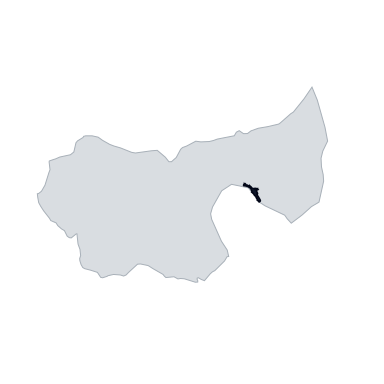 Engures pag., Engures, Latvia shown in context, rotated 161°
{"feature_id": "27541924B28821818047362", "entity_name": "Engures pag.", "entity_type": "district", "adm_level": 2, "iso_a3": "LVA", "parent_name": "Latvia", "parent_adm1": "Engures", "projection": "orthographic", "projection_center": [23.212, 57.169], "detail": "fine", "context": "in_parent", "style": "filled", "palette": "ink", "viewbox_px": 384, "rotation_deg": 161, "n_neighbors": 0, "source": "geoboundaries", "source_scale": "gbopen_adm2", "svg_char_len": 4451}
<svg xmlns="http://www.w3.org/2000/svg" viewBox="0 0 384 384"><g transform="rotate(161 192 192)"><path d="M276.3,279.9L274.1,279.7L268.1,277.6L262.9,274.4L259.7,269.9L254.3,263.8L250.7,260.8L245.3,257.0L236.1,249.1L232.8,247.3L217.0,244.2L211.3,242.7L205.9,233.6L204.0,228.2L201.5,227.3L198.7,228.5L195.7,229.7L188.8,236.1L186.5,237.1L182.1,237.2L171.9,238.8L167.3,236.5L159.2,234.1L154.8,233.7L150.9,233.8L133.7,231.4L130.6,234.1L127.4,234.6L124.3,230.4L120.5,229.2L116.3,230.6L108.6,230.7L99.5,229.2L88.0,228.0L86.2,228.5L73.3,233.8L70.1,234.6L55.8,243.6L44.4,252.1L43.6,238.0L45.2,209.9L47.2,196.0L55.0,188.1L59.0,181.9L61.4,173.6L62.3,165.8L64.0,159.4L75.2,141.1L83.8,139.3L95.4,134.4L108.3,130.2L110.7,135.7L111.9,139.9L127.4,155.1L131.4,160.2L137.4,177.6L152.1,186.4L163.5,183.5L168.5,179.1L177.5,171.1L181.5,165.3L182.3,159.7L180.2,135.9L177.6,125.6L178.3,119.1L179.9,119.4L183.7,116.2L196.1,110.2L198.6,109.9L201.4,108.7L209.1,104.1L211.7,106.3L213.9,108.9L215.1,108.9L215.6,107.9L215.4,106.2L215.9,105.0L218.2,105.6L227.6,112.5L231.1,114.0L233.6,114.4L236.6,117.7L244.5,119.6L245.5,121.3L246.2,123.5L253.9,132.3L257.4,136.7L264.1,140.7L267.0,141.5L278.2,136.6L281.3,135.0L284.0,134.8L286.8,136.9L293.1,139.6L298.7,140.2L299.7,139.9L304.4,140.0L306.1,141.0L307.6,146.8L313.2,151.0L318.5,154.5L319.9,156.2L320.5,159.5L320.4,163.5L319.9,165.6L318.0,168.1L316.6,174.2L316.7,179.9L314.4,189.9L315.1,190.1L321.1,187.9L322.9,188.8L324.4,190.9L325.2,197.0L327.4,199.6L329.8,203.8L330.6,207.1L334.8,210.9L335.3,213.5L338.4,222.5L339.7,227.7L340.4,231.8L339.6,237.1L338.8,240.7L337.6,240.5L334.1,241.7L328.8,246.3L321.0,256.9L319.0,259.3L317.3,267.0L316.8,267.8L311.9,267.8L310.6,267.7L305.6,268.1L294.8,266.8L290.7,268.3L285.7,276.3L283.6,277.6L277.3,279.0L276.3,279.9Z" fill="#d9dde1" stroke="#a8b0b8" stroke-width="1"/><path d="M141.0,181.0L140.8,180.9L140.3,180.8L139.3,180.2L139.0,180.1L138.1,179.4L137.3,178.8L137.0,178.4L136.6,178.0L136.5,177.8L136.3,177.6L136.1,177.3L136.0,177.2L135.8,176.8L135.6,176.6L135.5,176.3L135.4,176.2L135.3,175.7L135.3,175.1L135.3,174.8L135.3,174.7L135.2,174.3L135.1,174.2L135.1,173.9L135.1,173.7L135.2,173.3L135.2,173.2L135.2,172.8L135.2,172.7L135.2,172.4L135.3,172.4L135.4,172.2L135.5,172.2L135.4,172.0L135.1,171.8L135.0,171.6L134.9,171.4L134.9,171.2L134.7,170.9L134.6,170.7L134.4,170.3L134.3,170.0L134.3,169.9L134.2,169.6L134.1,169.3L134.1,169.2L134.0,168.9L134.0,168.7L133.9,168.7L133.8,168.4L133.7,168.3L133.6,168.2L133.6,167.9L133.4,167.8L133.3,167.6L133.2,167.2L133.0,166.8L133.0,166.7L133.0,166.4L132.9,166.4L132.9,166.2L133.0,166.1L132.9,166.0L133.0,166.0L132.9,166.0L132.9,165.9L132.9,165.7L132.9,165.4L132.9,165.2L133.0,165.1L133.1,164.9L133.1,164.6L132.8,164.2L132.7,164.0L132.6,163.8L132.6,163.7L132.6,163.4L132.6,163.2L132.5,162.9L132.5,162.7L132.4,162.5L132.5,162.5L132.4,162.4L132.5,162.4L132.4,162.4L132.4,162.2L132.4,161.9L132.3,161.7L132.2,161.6L132.1,161.4L132.0,161.1L131.9,161.0L131.9,160.9L131.8,160.7L130.6,161.0L130.2,161.4L130.2,161.5L130.1,162.0L130.1,162.3L130.7,165.5L131.1,166.9L131.1,167.1L131.1,168.5L130.8,168.9L131.0,168.9L131.0,169.0L131.1,168.9L131.3,168.8L131.5,168.8L131.5,169.0L130.5,170.3L130.6,170.5L130.6,170.9L130.6,171.0L130.6,171.3L130.7,171.5L130.6,171.8L130.6,172.0L130.3,172.4L130.2,172.5L130.1,172.8L129.9,172.9L129.9,173.0L130.0,173.0L129.9,173.1L129.7,173.1L129.5,172.9L129.3,172.9L129.2,172.8L128.9,172.8L128.7,172.8L128.8,173.1L129.0,173.0L129.2,173.3L129.3,173.4L129.6,173.3L129.5,173.5L129.4,173.6L129.5,173.6L129.8,173.7L130.0,173.6L130.3,173.6L130.3,173.9L130.2,174.0L130.3,174.0L130.5,173.9L130.5,174.0L130.4,174.4L130.6,174.4L130.6,174.5L130.8,174.7L130.9,174.8L131.0,174.9L131.1,175.0L131.2,174.9L131.3,174.9L131.5,174.9L131.8,174.7L131.8,174.8L131.8,174.7L132.0,174.7L132.2,174.9L132.4,175.1L132.6,175.2L132.8,175.3L133.4,175.7L133.5,175.8L133.8,176.1L134.0,176.3L134.2,176.5L134.3,176.7L134.3,176.8L134.3,177.0L134.3,177.3L134.5,177.6L134.6,177.8L134.7,178.0L134.9,178.3L135.0,178.4L135.0,178.5L135.2,178.8L135.3,179.0L135.5,178.9L135.6,179.4L135.6,179.6L136.8,179.4L136.9,179.7L136.9,179.8L137.5,180.2L137.5,180.3L137.4,180.3L137.5,180.4L137.5,180.5L137.9,180.5L137.9,180.4L138.0,180.4L138.6,181.7L138.8,182.2L139.0,182.6L139.7,182.4L139.8,182.6L140.0,182.4L140.3,182.2L140.3,182.3L140.5,182.0L140.6,181.8L140.8,181.9L140.9,181.7L140.9,181.8L141.1,181.7L141.1,181.4L141.1,181.2L141.0,181.0Z" fill="#0f172a" stroke="#020617" stroke-width="1.5"/></g></svg>